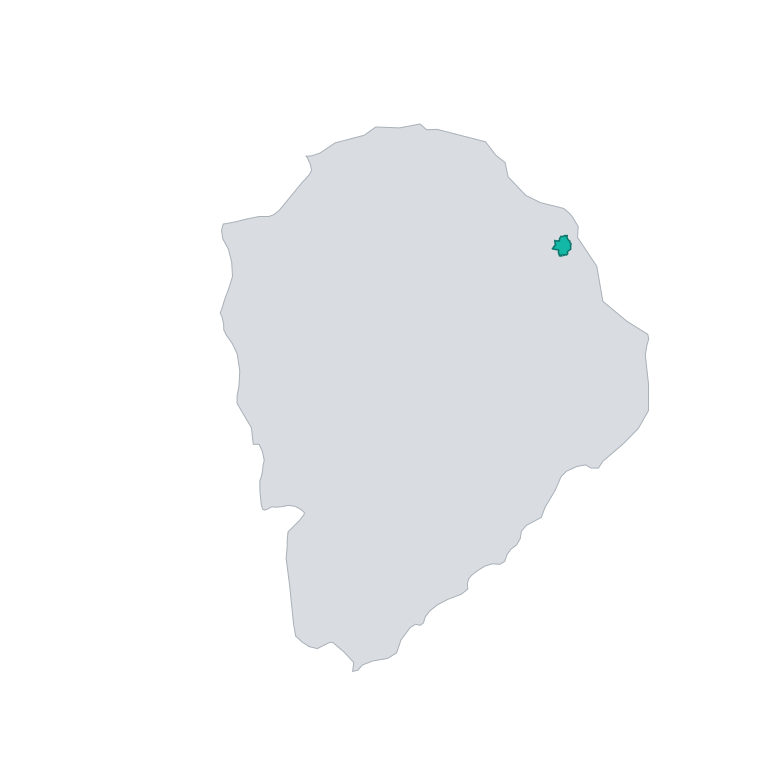 Los Cerrillos, Canelones, Uruguay shown in context, rotated 219°
{"feature_id": "84410073B16408849158575", "entity_name": "Los Cerrillos", "entity_type": "district", "adm_level": 2, "iso_a3": "URY", "parent_name": "Uruguay", "parent_adm1": "Canelones", "projection": "natural_earth1", "projection_center": [-56.396, -34.629], "detail": "fine", "context": "in_parent", "style": "filled", "palette": "teal", "viewbox_px": 768, "rotation_deg": 219, "n_neighbors": 0, "source": "geoboundaries", "source_scale": "gbopen_adm2", "svg_char_len": 5045}
<svg xmlns="http://www.w3.org/2000/svg" viewBox="0 0 768 768"><g transform="rotate(219 384 384)"><path d="M587.9,512.0L583.7,515.8L579.1,523.2L573.7,540.7L555.9,564.9L552.2,578.5L533.1,592.8L519.6,608.8L510.9,608.4L503.0,615.3L457.5,636.1L441.3,632.2L429.2,632.3L418.0,623.1L392.5,619.8L376.5,623.4L354.9,633.5L348.5,633.4L343.8,632.8L332.2,628.6L325.8,619.7L292.7,609.4L266.0,586.0L234.5,585.6L210.3,588.6L206.6,585.6L204.1,579.6L199.1,570.9L178.2,550.2L161.7,529.7L158.4,509.6L160.5,487.6L165.3,461.7L164.4,453.6L170.4,448.9L176.4,448.0L182.2,441.3L187.3,431.1L188.1,423.4L184.1,409.2L181.2,389.3L177.8,379.4L184.4,363.8L184.6,356.1L180.8,349.5L179.7,342.6L181.4,335.5L181.0,328.8L178.6,322.2L180.4,316.9L186.5,312.6L191.0,306.1L194.0,297.3L195.5,290.6L195.6,285.9L193.7,281.5L189.9,277.4L191.6,269.3L198.8,257.0L203.5,246.1L205.6,236.6L205.4,229.0L203.0,223.2L204.0,219.2L208.4,217.1L210.4,211.0L209.7,195.7L205.0,183.0L208.5,173.0L218.6,161.5L223.9,152.1L224.3,145.0L227.5,140.9L232.3,148.6L246.8,150.6L261.3,150.9L263.7,149.0L269.3,136.4L276.9,132.8L285.1,131.9L294.0,132.5L303.5,140.8L330.5,168.0L350.3,186.9L356.3,195.9L361.5,202.5L365.5,208.7L363.8,224.9L364.0,232.0L364.9,234.0L369.4,234.2L376.1,233.0L381.8,229.6L386.2,224.4L390.5,220.2L394.0,217.9L395.3,214.5L397.3,210.9L399.3,210.2L403.2,212.8L412.4,222.0L419.6,230.6L421.3,235.5L424.0,240.5L427.0,245.0L429.0,249.3L435.9,254.9L443.0,258.5L447.7,254.9L459.6,266.6L485.9,276.4L490.7,282.3L495.2,290.8L504.4,303.5L517.0,315.0L527.2,319.9L537.1,322.7L542.5,325.2L546.3,329.6L552.2,334.3L556.0,336.1L557.3,340.3L561.1,349.6L565.0,361.3L569.4,372.2L578.9,382.7L589.6,390.8L600.7,395.4L607.0,401.2L609.6,407.1L602.0,415.9L593.7,426.9L586.4,435.6L578.9,441.7L576.4,445.9L574.7,452.4L574.5,486.7L573.8,499.5L574.3,502.9L575.4,505.2L580.0,508.6L585.6,511.5L587.9,512.0Z" fill="#d9dde1" stroke="#a8b0b8" stroke-width="1"/><path d="M337.5,612.1L337.5,611.8L337.7,611.3L338.2,610.9L338.6,610.6L339.1,610.3L339.4,610.1L339.3,609.8L339.3,609.6L339.3,609.2L339.2,608.8L339.2,608.1L339.1,607.8L339.1,607.6L338.9,607.3L338.3,606.3L338.0,605.8L337.9,605.7L337.8,605.4L338.2,605.3L338.4,605.2L338.6,605.1L338.8,604.7L338.8,604.4L339.0,604.3L339.3,604.3L339.4,604.2L339.5,604.1L339.8,604.1L339.9,603.9L340.0,603.6L340.5,603.3L340.6,603.0L340.7,602.7L340.9,602.7L341.1,602.8L341.3,602.9L341.4,603.1L341.5,603.1L341.5,602.9L341.4,602.7L341.1,602.4L340.7,602.0L340.3,601.7L339.7,601.2L339.3,600.8L339.0,600.8L338.8,600.7L338.3,600.3L338.1,600.0L338.1,599.8L338.2,599.6L338.4,599.5L338.5,599.3L338.5,598.7L338.3,598.5L338.1,598.1L338.1,597.7L338.4,597.5L338.5,597.2L338.4,597.0L338.3,596.9L338.2,596.3L338.2,595.6L338.3,595.2L337.8,595.1L337.6,595.2L337.4,595.5L337.1,595.6L336.8,595.8L336.2,596.1L335.7,596.4L335.3,596.5L334.9,596.7L334.3,597.0L334.0,597.2L333.6,597.6L333.1,597.9L332.8,598.0L332.6,598.0L332.1,597.3L331.7,596.8L331.4,596.2L331.0,595.7L330.7,595.5L330.4,595.4L330.2,595.4L329.9,595.0L329.7,595.0L329.4,595.0L329.2,595.2L329.2,595.3L328.9,595.3L328.8,595.2L328.7,595.1L328.7,594.9L328.8,594.7L328.8,594.4L328.7,594.3L328.6,594.2L328.5,594.3L328.4,594.3L328.2,594.3L328.1,594.2L327.9,594.2L327.8,594.3L327.7,594.3L327.4,594.5L327.2,594.7L327.1,594.8L327.0,595.4L326.9,595.4L327.0,595.5L327.0,595.8L327.0,596.0L327.0,596.3L327.0,596.5L326.9,596.6L326.7,596.8L326.5,597.0L326.4,597.0L326.2,597.1L325.9,597.1L325.7,597.1L325.5,596.9L325.4,596.9L325.3,597.0L325.2,597.0L325.1,597.3L324.9,597.5L324.8,597.9L324.8,598.0L324.7,598.3L324.7,598.5L324.4,598.5L324.2,598.6L324.0,598.8L323.9,598.9L323.8,599.0L323.6,599.1L323.4,599.1L323.3,599.4L323.3,599.6L323.3,599.9L323.3,600.0L323.2,600.2L323.2,600.3L323.2,600.5L323.3,600.9L323.4,601.1L323.5,601.2L323.6,601.3L323.8,601.5L324.1,601.6L324.4,601.7L324.5,601.8L324.6,602.0L324.6,602.3L324.6,602.6L324.6,602.8L324.6,603.0L324.5,603.4L324.5,603.7L324.4,603.9L324.4,604.1L324.3,604.3L324.3,604.5L324.2,604.8L324.1,605.0L323.9,605.4L323.9,605.5L323.7,605.9L323.7,606.0L323.8,606.3L323.9,606.5L324.0,606.6L324.3,606.7L324.4,606.8L324.5,607.0L324.8,607.3L324.9,607.5L325.0,607.8L325.1,608.0L325.3,608.3L325.4,608.5L325.5,608.6L325.7,608.8L325.8,608.8L326.0,608.9L326.4,609.0L326.5,609.1L326.5,609.3L326.5,609.5L326.5,609.9L326.5,610.0L326.6,610.3L326.7,610.5L326.8,610.6L327.0,610.7L327.1,610.8L327.4,610.8L327.6,610.8L327.9,610.8L328.0,610.8L328.3,610.9L328.6,610.9L328.7,611.0L328.9,611.0L329.0,611.1L329.2,611.4L329.2,611.5L329.3,611.7L329.3,611.9L329.4,612.0L329.5,612.0L329.8,612.0L330.1,612.0L330.3,611.9L330.6,611.8L331.0,611.8L331.4,612.0L331.8,612.1L332.2,612.2L332.5,612.3L333.0,612.4L333.3,612.6L333.5,612.8L333.8,613.0L334.0,613.1L334.2,613.3L334.4,613.6L334.5,613.9L334.7,614.1L334.8,614.3L335.0,614.6L335.2,614.4L335.3,614.3L335.3,614.2L335.5,614.2L335.6,613.9L335.7,613.7L335.8,613.7L335.9,613.4L336.0,613.4L336.0,613.2L336.2,613.3L336.3,613.3L336.4,613.5L336.5,613.5L336.6,613.4L336.7,613.2L336.8,613.2L337.0,613.1L337.1,612.9L337.1,612.7L337.3,612.4L337.4,612.2L337.5,612.1Z" fill="#14b8a6" stroke="#0f766e" stroke-width="1.5"/></g></svg>